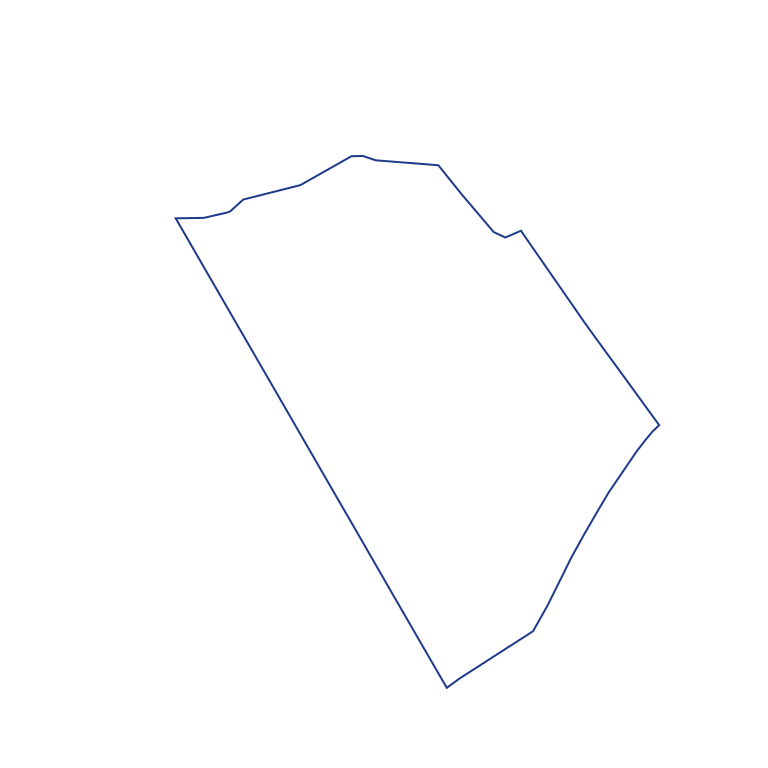 outline of Santa Ana del Valle, Oaxaca, Mexico, rotated 306°
{"feature_id": "50627088B45157986380633", "entity_name": "Santa Ana del Valle", "entity_type": "district", "adm_level": 2, "iso_a3": "MEX", "parent_name": "Mexico", "parent_adm1": "Oaxaca", "projection": "mercator", "projection_center": [-96.46, 17.017], "detail": "fine", "context": "isolated", "style": "outline", "palette": "blue", "viewbox_px": 768, "rotation_deg": 306, "n_neighbors": 0, "source": "geoboundaries", "source_scale": "gbopen_adm2", "svg_char_len": 826}
<svg xmlns="http://www.w3.org/2000/svg" viewBox="0 0 768 768"><g transform="rotate(306 384 384)"><path d="M395.6,118.1L354.9,209.5L307.5,316.1L268.7,403.1L247.4,451.1L222.7,506.3L190.4,578.9L175.1,613.4L190.1,618.2L239.8,637.5L268.8,648.8L271.6,649.9L301.0,646.5L319.9,643.3L354.0,637.5L354.9,637.4L375.3,634.9L379.3,634.4L406.2,631.6L428.4,629.5L432.0,629.4L478.1,628.0L491.8,628.4L503.6,629.2L512.5,630.8L518.2,613.0L526.9,586.3L535.1,561.0L540.5,544.1L541.6,540.7L549.1,517.6L550.4,513.8L551.6,510.1L559.3,488.2L559.9,486.4L560.0,486.1L562.8,478.1L564.8,472.4L568.0,463.3L569.4,459.2L581.3,425.1L588.5,404.7L573.8,396.0L571.4,383.5L583.2,335.0L592.9,299.4L560.1,245.8L556.1,233.0L549.2,223.8L495.7,199.4L450.5,161.7L433.2,158.1L431.0,156.7L412.5,140.6L395.6,118.1Z" fill="none" stroke="#1e3a8a" stroke-width="2"/></g></svg>